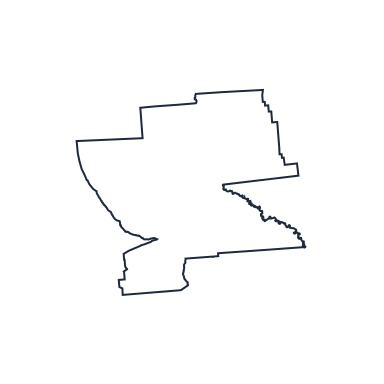 the district of Pilar, Buenos Aires, Argentina, rotated 118°
{"feature_id": "61730980B18176537921134", "entity_name": "Pilar", "entity_type": "district", "adm_level": 2, "iso_a3": "ARG", "parent_name": "Argentina", "parent_adm1": "Buenos Aires", "projection": "albers", "projection_center": [-58.875, -34.443], "detail": "fine", "context": "isolated", "style": "outline", "palette": "slate", "viewbox_px": 384, "rotation_deg": 118, "n_neighbors": 0, "source": "geoboundaries", "source_scale": "gbopen_adm2", "svg_char_len": 5993}
<svg xmlns="http://www.w3.org/2000/svg" viewBox="0 0 384 384"><g transform="rotate(118 192 192)"><path d="M278.7,223.3L283.7,220.1L283.5,219.7L289.2,216.0L290.6,213.6L290.0,212.7L294.2,214.9L294.4,214.5L300.8,210.4L304.0,215.4L310.0,211.5L309.8,208.2L315.4,204.9L283.9,155.7L275.6,151.4L275.9,151.8L275.9,152.0L275.5,152.2L275.3,152.7L274.6,153.2L274.0,153.3L273.8,153.4L273.5,154.6L273.5,154.8L273.0,156.3L272.5,156.8L272.5,157.0L272.5,157.5L271.5,158.7L271.1,158.8L268.5,161.6L268.1,161.8L267.2,161.7L266.5,162.0L266.1,162.0L265.8,162.4L265.6,162.4L264.8,162.5L264.4,162.8L263.6,162.9L261.7,163.8L261.1,164.4L260.2,164.8L259.0,164.9L257.5,164.6L256.8,165.2L255.2,165.9L254.2,166.0L253.8,166.4L239.3,143.4L239.5,143.2L238.0,141.4L236.3,138.7L233.8,140.2L206.1,95.9L188.8,68.4L188.6,68.4L188.3,66.8L188.1,66.5L187.7,66.2L187.0,66.2L186.9,66.5L187.2,67.4L187.8,68.2L187.9,68.7L187.8,68.8L187.5,68.9L186.6,68.3L185.8,68.2L185.4,68.4L185.5,68.7L185.9,69.0L186.0,69.3L185.9,69.6L184.9,70.1L183.7,69.7L183.5,69.8L183.2,70.0L183.2,70.4L183.7,71.3L183.6,71.8L182.9,73.0L181.7,73.7L181.3,74.2L181.5,74.7L181.8,75.0L182.9,75.1L183.0,75.3L183.0,75.8L182.6,76.4L182.4,77.1L181.8,77.3L180.9,77.2L180.2,78.2L179.9,78.2L179.5,77.6L179.0,77.1L178.5,77.1L178.3,77.2L178.2,77.4L178.1,77.7L178.8,79.1L178.4,80.2L178.5,80.4L178.8,80.8L180.1,81.4L180.5,81.8L180.6,82.3L180.4,82.9L180.1,82.9L179.0,82.2L177.4,81.9L176.8,82.0L176.5,82.3L176.3,84.2L176.2,84.8L176.4,85.5L176.9,86.6L177.0,87.3L177.6,88.7L177.6,89.1L177.2,89.4L176.0,89.5L175.6,90.1L175.6,90.5L175.7,90.8L176.1,90.9L178.0,91.1L178.4,91.4L178.6,91.9L178.5,92.2L177.9,92.9L177.2,94.2L176.2,94.7L175.9,95.3L176.0,95.7L176.6,95.9L176.7,96.0L176.3,97.5L176.4,98.7L176.6,99.2L178.4,99.2L178.7,99.4L179.1,99.9L179.1,100.3L178.9,100.9L178.6,101.1L177.5,100.9L177.2,100.9L177.0,101.1L177.1,101.4L177.5,101.7L177.5,102.0L176.9,102.6L177.0,103.0L177.8,103.2L178.3,103.8L178.4,104.0L178.4,104.7L178.1,105.1L177.1,104.8L176.6,105.2L175.9,106.5L175.8,107.0L175.8,107.3L176.9,108.0L177.3,108.6L178.4,109.7L178.4,110.0L177.3,110.9L177.1,111.3L177.3,111.8L177.7,111.9L178.7,111.2L179.0,111.2L179.3,112.0L180.3,112.3L181.5,113.0L183.3,113.9L183.6,114.1L183.6,114.3L183.4,114.7L183.2,114.8L182.7,114.6L182.3,114.9L182.4,115.2L183.0,115.7L183.2,116.2L182.5,117.0L182.4,117.6L181.9,117.8L181.2,117.2L180.8,117.1L180.6,117.2L180.3,117.9L180.2,118.2L180.2,118.4L180.8,119.4L180.7,119.7L180.5,120.0L179.1,120.7L178.7,120.5L178.2,120.0L178.0,119.9L176.1,120.9L175.9,121.3L176.5,122.0L176.7,122.6L176.5,123.5L176.1,124.1L174.0,124.5L173.5,124.9L173.1,125.6L173.4,125.8L173.8,125.8L175.3,125.6L175.6,125.9L175.5,126.4L174.8,127.0L174.7,127.2L174.7,127.5L175.3,128.0L175.5,128.4L175.4,128.8L174.8,129.4L174.9,129.8L175.8,129.9L175.9,130.0L175.9,130.4L175.8,130.6L175.0,131.0L174.8,131.3L174.8,131.6L175.2,132.3L175.9,132.8L176.1,133.1L176.1,133.7L176.0,134.0L175.6,134.2L174.9,133.6L174.5,133.6L174.2,133.8L174.3,134.2L175.5,135.3L175.7,135.9L175.5,136.1L175.1,136.2L174.7,135.3L174.2,135.2L173.8,135.3L172.7,136.0L172.5,136.4L172.8,136.8L173.7,137.5L174.2,138.4L174.2,138.7L174.0,138.9L173.7,139.0L172.6,138.9L172.0,139.0L171.8,139.2L171.8,139.4L171.8,139.7L172.5,140.1L172.7,140.4L172.6,141.2L172.9,142.0L172.7,142.6L172.0,143.2L172.7,143.2L173.1,143.5L173.3,144.2L173.0,145.1L172.7,145.3L171.4,145.6L171.4,146.0L172.6,146.8L172.9,147.1L173.0,147.3L172.7,148.7L172.1,149.1L172.0,149.5L172.4,150.2L172.1,151.2L172.5,151.7L172.5,152.3L172.4,153.4L172.5,153.8L172.8,154.2L173.9,154.4L174.4,154.9L174.5,155.2L174.2,155.6L172.5,156.9L172.5,157.4L173.0,157.8L173.1,158.1L172.8,158.6L172.8,159.0L173.9,159.6L174.4,160.2L174.8,161.0L174.9,162.1L174.1,162.9L173.9,163.3L174.2,163.7L175.1,164.4L175.1,165.0L174.6,165.8L174.4,165.9L173.6,165.8L173.2,166.1L172.7,166.7L172.5,166.8L171.7,166.7L171.6,166.8L171.4,167.1L171.6,167.8L171.5,168.0L170.9,168.0L127.6,105.7L117.5,112.7L124.5,122.9L118.6,127.2L119.6,128.6L116.6,130.6L117.6,132.4L113.3,135.0L113.1,135.0L90.2,149.6L92.9,153.9L83.7,159.8L84.9,162.0L79.7,165.4L81.4,168.0L78.3,170.1L79.2,171.8L73.6,175.4L68.6,177.3L89.2,211.5L103.6,234.7L104.9,234.6L106.5,233.7L107.6,233.8L108.2,233.6L108.9,232.9L108.9,232.5L108.5,232.0L108.5,231.8L109.0,231.2L110.2,230.3L111.8,230.2L121.0,244.5L133.8,264.9L141.9,277.2L167.7,260.9L201.2,317.8L211.7,310.8L217.7,305.8L223.7,300.0L227.0,295.3L230.9,290.5L230.9,290.3L230.8,290.1L230.8,289.8L231.1,289.2L231.3,288.8L232.3,287.8L232.8,286.9L233.4,286.2L233.5,285.7L233.9,285.1L234.3,283.8L234.8,282.9L235.7,280.7L235.9,279.8L235.9,279.2L236.2,277.2L236.1,276.8L236.2,276.5L237.0,276.1L237.9,275.4L238.3,274.6L238.7,274.2L239.2,273.0L240.2,272.1L240.5,271.0L241.6,269.2L242.4,268.1L242.5,267.8L242.4,267.6L243.2,266.7L243.2,266.4L243.5,265.8L243.5,265.6L243.9,265.1L243.8,264.9L244.4,264.1L244.7,263.9L244.6,263.2L244.9,262.8L244.9,262.1L245.4,261.6L245.5,261.3L245.5,260.8L245.8,260.3L245.9,259.9L246.5,259.2L247.3,257.6L247.6,256.7L247.7,255.9L247.7,254.8L247.9,254.0L248.9,253.0L249.6,251.6L249.9,251.5L250.0,251.1L250.3,250.7L250.5,250.2L250.9,249.8L251.5,248.7L251.6,248.0L252.0,247.6L252.4,245.2L252.0,243.5L251.9,242.7L251.7,242.3L251.8,242.1L253.0,241.1L253.8,240.6L254.1,240.3L254.7,240.1L254.6,239.6L254.9,239.1L255.4,239.1L255.7,238.7L255.9,238.0L256.4,237.5L256.5,236.5L256.8,235.6L257.2,234.8L257.6,233.8L257.6,233.4L257.8,233.0L258.3,232.5L258.3,232.3L257.9,231.5L258.0,230.8L257.6,230.6L257.3,230.1L257.3,229.0L257.6,228.2L257.6,226.7L257.4,225.6L257.5,224.8L257.3,224.5L257.1,223.0L256.8,222.4L256.7,221.6L256.3,221.3L256.4,220.6L256.1,219.9L256.1,219.7L255.9,218.9L255.5,218.7L255.4,218.4L255.4,217.9L255.6,217.5L255.7,216.3L256.1,214.6L255.8,214.1L256.0,213.7L255.9,213.2L256.3,212.6L256.3,212.2L255.4,210.3L254.7,209.3L254.6,208.6L254.1,208.0L253.7,207.4L252.5,206.6L252.0,205.7L250.9,204.6L250.3,203.6L250.2,201.1L250.1,200.6L250.4,200.7L253.8,204.3L255.2,204.8L260.4,209.3L263.0,212.0L264.3,212.7L273.4,220.1L278.7,223.3Z" fill="none" stroke="#1e293b" stroke-width="2"/></g></svg>